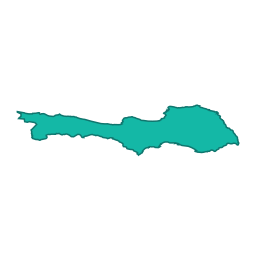 Snæfellsbær, Vesturland, Iceland (Robinson projection), rotated 183°
{"feature_id": "244011B30460955116065", "entity_name": "Snæfellsbær", "entity_type": "district", "adm_level": 2, "iso_a3": "ISL", "parent_name": "Iceland", "parent_adm1": "Vesturland", "projection": "robinson", "projection_center": [-23.52, 64.838], "detail": "fine", "context": "isolated", "style": "filled", "palette": "teal", "viewbox_px": 256, "rotation_deg": 183, "n_neighbors": 0, "source": "geoboundaries", "source_scale": "gbopen_adm2", "svg_char_len": 5727}
<svg xmlns="http://www.w3.org/2000/svg" viewBox="0 0 256 256"><g transform="rotate(183 128 128)"><path d="M116.2,101.6L116.1,101.8L115.1,102.1L113.2,103.7L112.6,103.9L112.3,104.5L112.3,104.9L111.9,105.4L112.3,105.7L111.8,106.4L110.2,108.2L108.7,109.1L107.6,109.5L106.9,109.2L106.0,109.3L106.5,109.5L106.2,109.7L106.2,109.9L105.9,109.9L106.0,110.2L105.8,110.4L105.2,110.6L103.8,110.4L101.4,110.6L100.5,110.5L100.0,110.0L96.6,110.0L96.3,110.2L96.5,110.3L96.4,110.6L96.1,110.5L95.6,110.6L95.4,110.8L95.5,111.0L95.2,111.1L95.4,111.2L95.2,111.4L95.2,111.6L95.7,111.7L95.6,112.3L93.9,113.6L94.2,114.0L93.9,114.0L92.7,114.9L90.9,115.8L89.8,116.0L87.6,116.1L85.4,115.3L79.7,115.6L79.4,115.4L79.6,115.2L78.6,115.4L77.7,115.2L77.8,115.1L77.5,115.0L78.0,114.6L77.9,114.3L77.9,114.6L77.7,114.8L77.4,114.7L77.6,114.5L77.4,114.7L76.8,114.6L77.4,114.2L78.4,114.1L76.4,113.9L75.1,114.1L73.3,113.4L66.8,112.9L63.5,111.8L60.1,110.2L59.1,109.5L59.7,108.7L60.0,108.8L59.8,108.7L59.1,109.3L58.3,109.0L58.8,108.4L57.9,108.1L58.2,108.1L58.1,107.9L58.4,108.0L58.5,108.0L59.9,108.4L60.4,108.3L57.3,107.6L53.1,107.4L51.1,107.8L48.9,108.5L48.2,108.5L47.7,108.4L47.6,108.7L46.9,109.0L46.3,108.9L45.5,109.0L43.8,110.3L42.7,110.3L41.6,110.0L40.9,109.4L40.3,109.2L39.7,109.3L38.4,110.4L38.3,110.8L36.3,111.8L36.1,112.8L34.7,113.3L33.5,113.4L32.8,113.7L31.6,115.0L29.3,115.9L28.9,116.2L28.6,116.6L28.3,117.6L27.6,117.9L26.6,118.0L24.4,117.6L23.1,117.8L21.8,118.3L20.2,118.3L18.7,117.6L18.2,116.9L17.4,116.8L17.0,117.1L17.0,117.6L16.7,118.1L16.6,118.7L16.6,118.9L16.8,119.1L17.1,119.2L17.0,119.3L17.2,119.5L17.4,120.7L17.9,121.3L18.0,121.8L18.0,122.4L17.9,122.4L18.1,122.9L18.3,124.4L19.0,125.3L20.0,125.9L20.8,127.3L22.3,128.7L22.8,129.8L22.9,130.5L23.5,130.9L23.7,131.2L25.5,131.5L25.7,131.9L27.0,133.1L28.2,133.0L28.5,133.1L28.5,133.4L29.9,133.9L30.1,134.9L30.9,136.6L31.5,137.0L32.1,137.2L32.6,138.3L32.4,138.6L32.6,138.7L32.9,139.8L33.2,140.2L33.9,140.5L34.2,141.1L35.2,141.4L35.7,142.0L36.5,142.5L36.5,142.8L36.8,143.1L36.4,144.0L36.5,144.1L36.5,144.6L37.2,144.9L37.3,145.2L38.3,145.5L39.2,146.1L39.1,146.5L39.5,146.9L39.1,147.1L39.3,147.2L39.1,147.3L39.4,147.3L39.3,147.5L39.7,147.4L39.4,147.7L39.6,147.8L39.5,148.0L40.1,148.2L39.9,148.6L40.0,148.8L42.3,148.6L42.7,148.7L42.8,149.1L43.0,149.2L44.5,149.2L45.0,149.5L46.3,149.5L46.7,149.7L47.7,149.8L47.5,150.3L47.6,150.5L48.2,150.6L49.2,150.4L50.9,151.2L53.2,151.6L55.5,152.3L56.9,152.4L57.5,153.3L58.0,153.6L57.8,153.9L58.8,153.9L59.9,154.4L61.3,154.2L61.9,153.6L63.3,153.3L63.3,153.1L63.7,152.9L65.4,152.5L68.6,152.1L70.4,152.3L71.1,152.0L71.7,152.1L71.8,151.9L73.6,151.4L74.3,151.4L74.8,151.5L75.1,151.3L77.7,150.8L78.5,150.9L79.6,150.6L80.9,151.0L82.0,151.1L82.9,151.4L85.3,151.7L87.2,151.8L88.2,151.4L88.9,150.8L88.8,150.7L89.0,150.2L88.7,149.6L87.8,149.0L87.9,148.5L88.5,148.4L88.6,148.2L89.1,147.9L89.4,148.0L89.2,147.7L89.7,147.8L89.7,147.3L90.3,147.3L90.1,146.7L90.5,146.1L91.0,146.3L91.1,146.2L91.0,145.9L91.9,145.6L92.0,145.3L91.9,145.3L92.9,145.0L93.0,144.6L92.8,144.5L92.9,144.4L92.5,144.2L92.2,144.0L92.4,144.1L92.2,144.2L91.8,144.1L90.7,142.8L92.2,140.7L92.1,140.0L94.3,139.1L95.0,139.1L94.9,138.7L95.3,138.3L95.4,138.0L95.8,137.9L96.7,137.0L99.5,136.4L104.0,136.0L108.3,135.9L112.8,136.3L114.8,136.3L115.3,136.4L116.7,137.2L120.3,138.1L121.6,138.7L123.3,138.9L124.1,139.4L124.9,139.4L126.3,139.0L127.8,138.9L129.8,138.1L131.3,138.0L132.4,137.6L132.7,137.2L132.8,136.8L133.0,136.8L133.3,136.1L133.9,135.5L133.8,134.6L133.3,134.0L134.1,133.2L134.8,132.8L134.7,132.4L134.9,132.0L134.3,131.7L135.4,131.1L137.4,130.8L142.0,130.7L143.4,130.4L144.9,130.7L145.6,130.6L148.5,131.1L151.4,130.9L155.3,131.0L165.0,132.8L171.6,134.3L173.2,134.4L176.5,134.9L179.4,135.7L180.3,136.2L182.0,136.2L182.5,136.6L183.3,136.6L184.4,136.4L185.1,136.5L185.7,136.3L186.0,136.4L186.1,136.6L186.9,136.5L188.6,136.6L189.8,136.4L192.6,136.5L195.6,137.3L197.1,138.3L198.2,137.5L200.0,137.2L201.4,136.8L201.7,136.3L203.1,135.6L207.2,135.8L208.8,136.2L211.8,137.6L213.0,137.9L215.0,137.7L216.3,137.1L216.8,137.3L217.1,137.6L217.2,138.5L218.0,138.6L221.0,137.9L224.1,137.6L224.3,137.1L227.8,136.9L231.3,137.3L232.7,137.8L233.1,137.8L239.4,138.6L239.4,138.1L239.1,137.8L238.2,138.0L238.0,137.9L237.9,137.4L235.6,136.6L235.5,134.0L237.3,132.4L237.1,132.1L237.5,131.7L232.0,131.5L231.5,128.9L228.9,128.5L226.8,129.2L221.7,128.6L220.5,128.0L219.4,126.8L223.6,121.9L224.6,121.1L224.5,120.4L223.9,119.2L224.1,117.5L223.5,116.9L223.7,116.7L223.7,116.1L223.6,115.6L223.2,115.3L223.4,115.2L223.4,114.8L223.0,114.2L223.3,114.0L223.5,113.7L222.9,113.2L223.0,113.1L222.9,113.0L222.9,112.8L222.8,112.6L219.4,111.7L217.5,111.8L217.2,111.6L216.9,111.7L215.8,111.2L215.0,111.3L214.8,111.7L209.5,113.1L208.9,113.5L208.4,114.3L208.4,114.9L209.1,115.5L209.3,116.5L207.4,117.4L205.6,117.4L204.2,117.8L199.8,118.0L199.3,118.8L197.7,118.6L196.5,119.0L195.2,118.2L193.5,117.7L192.1,118.3L190.9,118.2L189.6,118.8L188.6,118.7L187.0,118.2L185.7,117.5L184.2,116.4L181.8,116.4L177.9,119.0L176.2,119.0L175.0,118.4L173.5,116.3L172.9,116.1L172.2,116.4L171.6,116.1L171.4,117.1L170.6,117.5L168.9,117.8L165.2,119.3L163.3,119.7L162.3,119.3L160.6,119.1L159.8,118.7L158.6,119.1L157.1,118.9L155.1,118.1L153.9,118.1L153.1,117.5L152.5,117.2L148.7,116.9L148.0,116.3L146.3,116.8L146.0,117.1L145.3,117.3L144.5,117.4L142.6,117.2L142.6,116.9L142.9,116.5L142.7,116.3L141.5,116.2L140.7,115.8L139.8,115.7L139.3,115.3L138.0,115.2L136.1,114.2L135.9,113.7L135.7,113.6L134.5,113.3L132.6,112.3L132.1,111.7L132.2,110.6L131.6,109.2L129.6,109.1L128.6,108.7L128.0,107.7L128.0,107.4L127.5,107.2L124.4,106.7L122.7,106.7L121.7,106.5L121.2,105.6L117.9,104.3L117.1,103.7L117.4,103.4L117.6,102.7L116.8,102.3L116.2,101.6Z" fill="#14b8a6" stroke="#0f766e" stroke-width="1.5"/></g></svg>